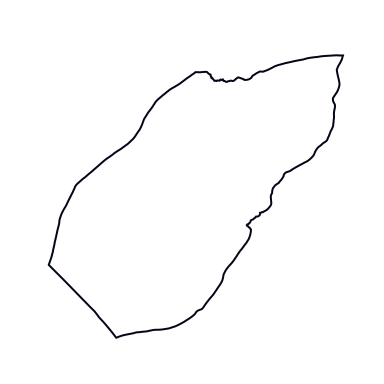 the district of Sangkum Thmei, Preah Vihéar, Cambodia, rotated 187°
{"feature_id": "14789045B6075848816012", "entity_name": "Sangkum Thmei", "entity_type": "district", "adm_level": 2, "iso_a3": "KHM", "parent_name": "Cambodia", "parent_adm1": "Preah Vihéar", "projection": "mercator", "projection_center": [104.719, 13.488], "detail": "fine", "context": "isolated", "style": "outline", "palette": "ink", "viewbox_px": 384, "rotation_deg": 187, "n_neighbors": 0, "source": "geoboundaries", "source_scale": "gbopen_adm2", "svg_char_len": 5992}
<svg xmlns="http://www.w3.org/2000/svg" viewBox="0 0 384 384"><g transform="rotate(187 192 192)"><path d="M203.3,311.3L204.0,310.4L206.1,308.6L208.6,306.2L210.9,304.3L213.0,302.2L217.8,297.6L220.1,295.8L222.8,293.7L224.9,292.2L226.9,290.5L228.1,289.2L229.4,288.0L230.5,286.7L233.0,284.2L234.5,282.5L236.2,280.7L237.6,279.1L239.1,277.0L239.9,275.3L241.1,272.8L242.2,270.6L243.8,267.8L245.2,265.5L246.4,262.9L247.5,260.6L248.5,258.4L249.8,252.8L250.5,250.4L251.5,247.7L253.9,243.1L255.1,240.6L256.5,238.1L258.0,236.2L261.5,232.0L264.1,229.6L266.0,227.8L267.8,226.1L270.0,224.3L272.2,222.5L273.8,221.1L275.4,219.4L278.2,216.8L280.1,215.2L282.4,213.0L284.7,210.5L288.8,205.9L291.5,202.9L293.8,200.3L295.8,198.2L298.0,195.8L299.7,193.9L300.6,192.9L301.5,192.2L303.7,189.7L306.8,186.2L307.7,185.0L308.3,183.9L308.7,183.0L309.0,181.7L309.6,179.8L310.2,177.7L311.1,175.4L312.1,172.5L314.0,167.2L314.7,164.9L315.7,162.2L316.6,160.3L317.4,158.4L318.4,155.7L319.0,153.8L319.5,151.4L320.0,149.0L320.1,147.1L320.0,145.0L320.3,141.9L320.8,138.4L321.1,135.1L321.4,131.8L321.7,128.9L322.1,125.5L322.2,123.0L322.7,118.0L322.9,115.2L323.3,112.2L323.7,109.5L324.8,104.6L325.3,102.2L307.8,88.5L279.0,65.4L274.2,61.7L271.3,58.8L269.0,56.3L267.0,54.6L263.9,52.0L260.7,49.1L257.1,45.7L254.5,43.2L249.4,38.1L248.7,38.5L246.3,39.8L243.1,41.3L239.7,42.5L232.9,44.7L231.4,45.4L229.7,46.0L226.9,46.5L224.4,47.2L220.1,48.1L217.9,48.9L216.3,49.4L214.7,50.0L212.5,50.6L210.2,51.0L207.8,51.3L205.3,51.8L202.8,52.5L198.6,53.7L196.8,54.5L192.1,56.7L189.8,58.1L187.3,59.8L184.4,61.9L178.6,66.7L176.2,69.0L174.4,71.0L173.8,72.1L173.2,73.4L172.2,74.6L171.0,75.4L170.1,75.9L169.0,76.4L168.1,76.9L167.4,77.7L166.5,79.2L165.7,80.8L164.6,82.9L162.3,86.8L161.3,88.4L159.9,90.5L158.2,93.1L157.5,94.5L156.3,96.8L155.0,99.4L152.6,104.1L151.7,106.2L151.0,108.6L150.7,111.6L150.6,114.0L149.6,116.8L148.7,119.0L147.5,121.1L146.3,123.0L145.0,124.8L143.9,126.4L142.6,128.5L139.8,133.9L139.0,135.7L136.9,139.7L135.6,141.6L133.4,145.6L131.9,148.0L130.9,150.2L130.0,152.1L129.5,153.9L129.1,156.0L128.8,158.5L128.8,160.1L128.9,161.5L128.9,161.9L129.3,162.3L129.6,162.7L130.3,163.4L131.5,164.1L131.8,164.4L132.2,164.7L132.9,165.0L133.5,165.4L133.6,165.8L133.4,166.1L133.1,166.6L132.8,166.8L132.2,166.9L131.9,167.2L131.7,167.8L131.2,168.2L130.8,168.6L130.4,169.6L130.3,170.0L130.3,170.4L130.0,171.1L129.4,171.6L128.2,172.2L127.8,172.4L127.2,173.3L126.8,173.7L126.6,174.0L126.1,174.3L125.5,175.4L124.1,175.6L123.6,175.8L123.1,176.1L122.6,176.6L122.2,177.1L122.0,177.5L121.8,177.9L121.7,178.6L121.8,179.0L121.9,179.6L121.4,179.7L120.8,180.1L120.5,180.4L120.0,180.5L119.3,180.5L118.3,181.4L117.4,182.0L116.9,182.4L116.4,182.7L116.1,182.9L115.3,183.7L114.2,185.0L113.8,185.7L113.4,186.3L112.5,187.7L112.3,188.2L112.0,189.1L111.9,189.7L111.9,190.6L112.1,191.5L112.3,192.4L113.1,196.1L113.2,197.0L113.3,197.8L113.2,198.5L112.4,200.8L112.4,201.6L112.5,203.4L112.3,204.5L112.1,205.6L110.8,207.9L110.2,208.8L109.4,209.6L107.4,211.3L106.9,211.7L106.6,212.5L106.1,213.3L105.4,214.2L104.8,215.2L104.2,216.2L103.4,217.9L103.1,218.9L103.0,219.9L102.8,220.8L102.4,221.5L101.6,222.4L100.8,223.1L100.0,223.5L98.1,224.3L97.3,224.8L96.0,225.9L94.9,226.9L93.7,227.8L92.7,228.6L91.6,229.4L90.4,230.3L88.8,231.4L87.5,232.4L86.0,233.4L84.9,234.2L83.3,235.3L81.9,236.2L81.0,236.9L80.0,237.8L79.2,238.7L78.6,239.4L77.6,240.5L76.0,242.8L75.8,243.4L75.5,243.9L75.0,245.7L74.7,247.0L74.3,247.9L73.9,248.8L73.5,249.7L73.1,250.4L72.1,251.9L71.4,252.6L70.8,253.1L69.6,254.3L67.6,256.7L66.8,257.3L66.1,257.7L65.5,258.4L65.0,258.9L64.5,259.5L64.1,260.3L63.8,261.7L63.5,262.8L63.1,263.8L62.8,264.9L62.2,267.4L61.9,268.7L61.5,269.9L61.0,271.1L60.7,272.2L60.2,273.6L60.0,275.0L60.0,275.9L60.1,277.2L60.0,278.1L60.1,279.6L60.1,281.1L60.1,282.5L60.2,284.0L60.7,287.0L60.8,288.5L60.7,289.8L60.7,291.4L60.5,291.9L60.5,292.6L60.5,294.1L60.6,294.9L60.7,295.6L60.9,296.2L61.2,296.7L61.7,297.4L62.1,297.9L62.6,298.6L62.9,299.2L63.2,299.9L63.4,301.0L63.5,301.9L63.4,302.7L62.5,304.5L61.8,305.8L60.2,309.1L59.5,311.1L58.9,314.0L58.7,315.4L58.7,316.1L58.8,317.6L59.9,321.1L60.7,323.3L61.4,325.1L62.1,327.2L62.7,329.0L63.2,330.8L63.0,331.8L62.4,334.3L61.8,335.7L61.4,336.7L60.9,337.7L60.4,339.0L60.1,339.8L59.5,341.7L59.3,342.7L58.9,345.4L58.8,345.9L59.5,345.8L60.4,345.7L60.9,345.7L61.3,345.6L61.9,345.5L62.4,345.4L63.3,345.5L64.2,345.3L64.7,345.4L74.0,343.7L77.7,343.0L81.1,342.2L83.7,341.4L86.9,340.7L90.8,339.7L94.0,338.7L97.5,337.2L103.8,335.2L106.3,334.4L110.1,333.0L115.2,331.2L118.6,329.8L120.3,329.1L122.3,328.3L124.3,327.3L124.9,327.0L129.8,323.6L132.2,322.1L134.2,321.1L135.0,320.6L135.3,320.5L136.2,320.1L136.6,320.0L137.7,320.0L139.0,319.9L139.6,319.6L140.0,319.4L142.5,317.7L143.5,316.8L145.3,315.3L146.0,314.8L146.4,314.1L146.6,313.6L146.9,313.0L147.1,312.6L147.3,312.3L147.7,312.0L148.6,311.2L149.3,310.8L149.9,310.5L150.5,310.3L152.0,309.8L152.7,309.7L153.4,309.7L154.1,309.8L154.4,310.1L155.2,310.5L155.6,310.5L156.1,310.6L156.5,310.6L157.8,311.0L158.4,311.1L159.7,311.3L160.1,311.4L160.5,311.2L160.8,311.0L161.1,310.6L161.6,310.2L162.1,309.6L162.7,309.0L163.4,308.1L163.9,307.7L164.2,307.5L164.7,307.3L165.2,307.1L166.2,307.2L166.6,307.2L167.1,307.3L167.5,307.1L168.0,306.8L168.4,306.6L169.5,306.4L169.9,306.2L170.3,305.9L170.7,305.6L171.4,305.4L171.9,305.5L172.3,305.8L172.7,306.0L173.1,306.2L173.7,306.0L174.3,306.2L174.5,306.5L174.7,306.8L175.0,307.5L175.4,307.4L175.7,307.1L176.2,306.7L176.7,306.9L177.2,307.1L177.6,307.0L178.0,306.3L178.1,305.9L178.5,305.7L178.9,305.8L180.5,305.8L180.9,305.5L181.2,305.1L181.6,305.1L182.1,305.3L182.6,305.3L183.0,305.1L183.4,305.1L183.9,305.7L184.4,306.3L184.8,306.6L185.2,306.8L185.6,307.4L186.5,307.4L186.7,307.7L186.7,308.1L186.7,308.5L187.1,308.7L187.8,309.7L187.8,310.1L187.7,310.4L187.9,310.8L188.4,310.8L188.9,311.1L189.3,311.2L189.7,311.4L190.2,311.6L190.6,312.0L191.5,312.8L191.9,312.8L192.4,313.0L192.8,313.0L196.9,312.2L198.1,311.9L199.1,311.7L200.5,311.7L203.3,311.3Z" fill="none" stroke="#020617" stroke-width="2"/></g></svg>